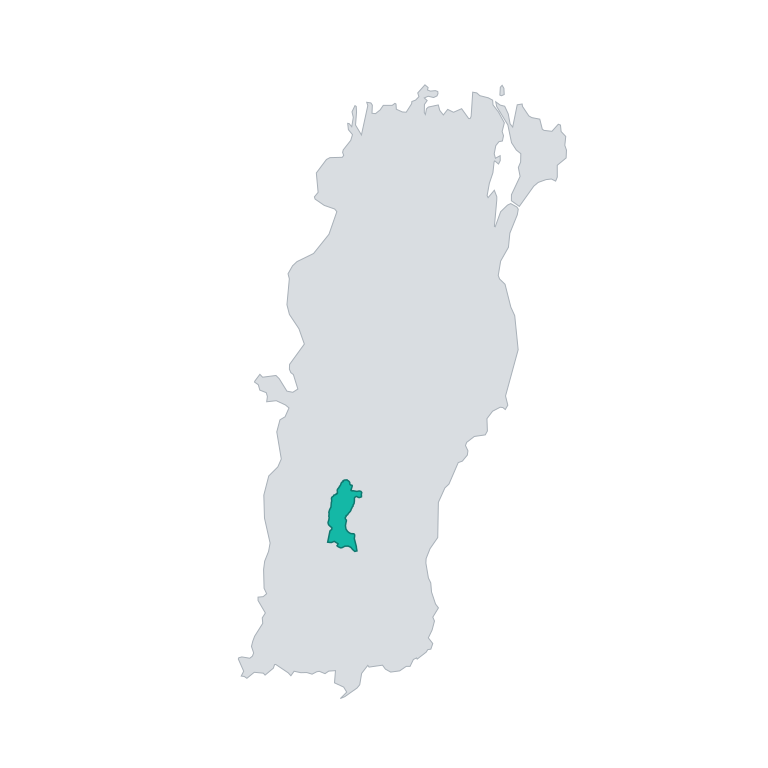 where Elazig sits in Turkey, rotated 103°
{"feature_id": "TUR-2282", "entity_name": "Elazig", "entity_type": "Province", "adm_level": 1, "iso_a3": "TUR", "parent_name": "Turkey", "parent_adm1": "", "projection": "robinson", "projection_center": [39.185, 38.778], "detail": "fine", "context": "in_parent", "style": "filled", "palette": "teal", "viewbox_px": 768, "rotation_deg": 103, "n_neighbors": 0, "source": "natural_earth", "source_scale": "10m", "svg_char_len": 5483}
<svg xmlns="http://www.w3.org/2000/svg" viewBox="0 0 768 768"><g transform="rotate(103 384 384)"><path d="M589.9,280.6L600.2,284.0L603.6,281.5L612.9,281.8L621.4,283.7L625.9,278.1L631.8,278.7L633.0,281.6L635.8,282.6L644.6,289.8L643.6,290.7L645.8,293.4L653.3,295.1L654.1,298.8L660.0,304.2L663.2,312.7L661.5,318.5L658.3,322.2L663.2,334.9L661.8,336.5L671.0,340.7L682.5,340.0L686.2,341.8L697.5,351.9L700.3,355.8L692.6,351.0L688.4,355.1L686.3,365.0L674.2,366.8L676.2,373.3L679.5,376.3L678.5,382.4L679.5,384.8L682.9,388.8L682.5,394.3L684.0,400.1L684.1,407.0L689.2,409.1L687.0,412.3L681.6,426.4L682.0,427.5L685.8,427.9L694.4,434.4L692.9,436.5L694.1,445.6L701.6,451.4L700.4,454.4L700.7,457.4L695.4,456.1L684.7,464.1L683.4,463.9L681.9,461.1L681.4,453.1L678.8,451.0L675.4,450.5L669.5,454.1L664.1,454.0L658.8,453.3L644.5,448.3L639.3,450.0L633.8,448.1L623.3,458.0L620.0,458.8L618.4,453.9L614.7,451.2L610.0,454.9L591.8,459.6L583.4,460.4L573.1,458.8L564.6,459.2L541.5,470.3L519.3,476.1L499.5,475.6L488.7,468.8L480.2,467.2L454.8,477.7L442.3,477.3L438.2,473.0L428.7,471.2L426.6,475.3L424.5,485.2L427.7,494.3L422.4,494.8L418.9,496.8L417.9,503.6L413.0,506.3L411.3,510.5L410.4,510.6L402.5,507.1L404.7,503.8L400.0,491.2L402.4,487.3L412.8,477.0L412.6,471.0L408.3,466.8L395.2,474.4L393.9,477.3L390.9,479.5L386.1,480.4L363.0,470.6L349.3,479.3L337.5,491.8L328.6,496.4L302.8,499.9L298.2,502.3L289.4,499.7L284.3,496.3L272.7,482.0L250.5,471.3L226.7,468.7L224.6,471.4L223.4,482.4L219.3,492.8L217.3,493.9L212.1,491.3L193.6,497.4L178.2,490.6L175.6,487.6L172.5,475.6L170.3,474.7L167.7,476.4L165.1,476.4L154.1,471.2L148.1,470.8L144.2,475.9L138.2,478.0L138.1,476.6L140.6,473.3L131.1,473.9L126.0,476.4L119.3,474.9L119.8,473.5L125.4,471.9L138.1,470.0L146.4,462.0L116.4,462.4L113.4,464.2L113.1,460.0L114.9,458.1L122.9,456.6L122.5,453.1L117.8,449.4L112.7,447.4L110.7,438.7L108.1,436.5L108.5,435.3L113.5,433.8L114.8,427.4L114.2,423.5L104.7,420.1L102.5,420.4L100.3,417.1L96.2,414.6L92.8,416.6L83.3,411.4L85.2,407.7L87.7,407.8L88.2,404.8L86.6,399.9L86.9,397.4L89.0,396.7L91.4,397.2L93.7,400.1L93.7,405.7L96.2,409.1L98.1,405.7L102.5,407.5L110.5,405.8L112.1,404.3L106.3,404.5L104.2,403.1L99.9,393.9L104.9,391.2L108.5,386.7L102.1,383.7L103.6,377.4L98.3,370.3L106.3,361.2L106.0,359.8L103.6,359.3L79.7,363.2L79.5,359.1L81.5,355.5L81.7,346.7L83.0,342.0L87.5,340.6L93.2,333.7L102.4,325.5L111.4,325.7L115.2,323.4L120.6,323.3L122.0,326.5L126.6,328.7L134.9,328.4L139.0,326.2L135.4,322.2L140.2,321.0L143.9,321.9L141.7,326.3L142.8,326.7L153.6,325.4L164.8,326.5L177.3,325.9L179.0,324.5L170.4,320.1L176.2,316.2L179.4,315.5L205.6,311.9L205.8,311.0L189.9,309.1L181.9,303.9L179.7,301.1L181.7,294.3L183.5,292.5L189.2,292.2L208.7,295.3L222.8,293.5L238.0,298.0L252.6,297.1L255.7,295.0L259.6,288.5L280.6,277.7L288.0,272.0L320.4,261.0L368.3,262.9L376.8,258.6L381.6,260.1L380.2,262.9L380.5,265.6L386.1,272.1L394.6,275.9L406.5,272.7L410.8,273.9L414.8,284.2L422.2,290.3L425.6,290.8L430.2,287.2L434.5,286.8L441.5,290.3L443.9,294.0L466.9,298.2L471.6,301.3L487.1,304.4L521.5,297.1L534.1,302.1L544.6,303.7L549.1,302.9L563.0,297.1L567.3,293.7L576.0,290.9L586.8,284.3L589.9,280.6ZM147.7,262.4L146.6,267.0L148.4,272.1L152.9,279.1L157.6,282.6L180.5,292.1L176.8,301.1L170.9,302.4L151.1,298.1L142.8,301.8L137.0,300.8L128.8,302.5L126.2,307.8L120.2,314.0L103.7,321.6L88.3,336.6L83.9,338.6L86.1,333.5L86.2,328.9L92.9,323.7L102.1,319.7L104.7,316.4L82.0,317.0L80.1,312.4L82.4,311.5L90.2,303.2L91.2,299.9L90.9,291.8L100.1,287.1L100.9,285.2L100.0,277.2L91.7,272.6L92.0,270.3L98.2,268.2L101.9,262.6L110.8,261.5L115.1,258.8L122.8,257.4L131.9,264.4L143.4,261.7L147.7,262.4ZM76.4,336.1L68.7,337.4L66.4,336.1L68.9,333.7L74.9,332.0L76.7,334.4L76.4,336.1Z" fill="#d9dde1" stroke="#a8b0b8" stroke-width="1"/><path d="M527.5,389.9L530.7,389.7L533.8,388.5L535.8,386.4L536.7,384.6L537.2,382.7L537.0,381.3L536.7,379.7L537.1,379.1L537.7,378.6L539.4,378.3L541.2,378.2L548.8,374.3L549.9,374.0L552.7,372.8L553.7,374.8L552.3,377.4L550.6,379.6L550.0,382.4L550.8,385.6L552.8,387.9L553.4,389.2L553.2,390.7L552.8,392.3L552.2,393.4L551.1,393.0L550.0,392.8L548.5,397.1L550.3,399.6L550.6,401.4L550.8,403.3L539.6,403.6L539.1,403.5L537.9,402.6L537.2,402.2L535.7,402.5L535.1,403.8L534.4,405.1L533.6,406.3L532.5,407.0L531.4,407.4L528.8,407.2L526.3,407.4L525.4,408.0L522.8,408.3L521.4,408.9L518.6,408.7L515.8,408.0L511.2,408.7L509.9,408.6L507.1,409.5L506.0,409.3L505.0,408.4L504.4,408.0L503.6,407.9L503.5,407.7L502.8,406.5L502.5,406.3L501.6,405.7L501.9,405.4L501.1,404.8L500.0,405.0L498.0,405.7L497.0,405.6L494.3,404.3L494.1,404.3L493.9,404.4L493.7,404.4L493.1,403.9L492.1,403.6L490.1,403.4L489.7,403.2L489.3,403.0L488.8,402.6L488.3,401.9L487.9,401.7L487.5,402.1L487.0,401.6L486.5,400.9L486.2,400.1L486.1,399.4L486.0,399.1L485.8,398.8L485.7,398.5L486.2,397.7L486.4,396.9L486.6,396.5L487.0,395.9L487.5,395.4L488.2,395.0L489.0,394.9L489.4,394.6L489.8,394.0L490.0,393.3L489.8,392.6L490.2,392.1L491.1,392.0L494.7,392.3L495.1,392.2L495.2,391.8L495.1,391.2L495.3,391.0L494.9,389.7L494.9,388.8L494.8,386.3L494.3,385.2L493.8,384.1L493.8,382.4L494.7,381.3L497.0,381.2L497.9,380.8L499.0,380.6L500.2,382.4L500.3,383.6L499.8,384.7L499.8,385.8L501.2,387.1L502.1,387.1L504.7,386.5L507.4,386.3L508.8,386.9L509.1,386.8L509.8,386.7L510.1,386.7L511.1,387.3L512.2,387.4L513.5,387.8L514.9,387.9L516.4,388.6L517.9,389.5L519.4,390.0L520.0,390.4L520.7,391.3L521.0,391.2L521.6,391.1L522.4,391.5L523.2,391.7L524.3,391.1L525.1,390.0L526.3,389.8L527.5,389.9Z" fill="#14b8a6" stroke="#0f766e" stroke-width="1.5"/></g></svg>